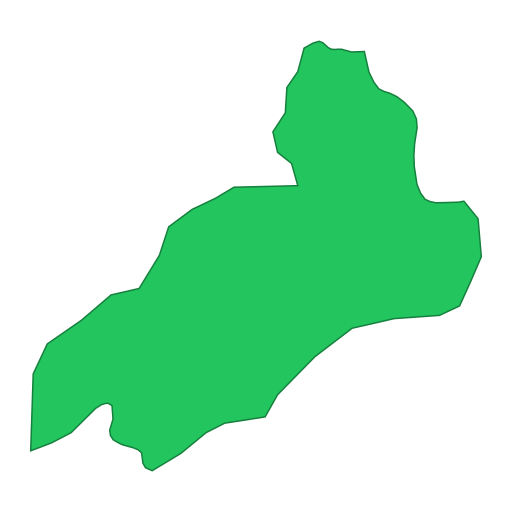 the Prefecture of Dalaba
{"feature_id": "GIN-5633", "entity_name": "Dalaba", "entity_type": "Prefecture", "adm_level": 1, "iso_a3": "GIN", "parent_name": "Guinea", "parent_adm1": "", "projection": "albers", "projection_center": [-12.181, 10.899], "detail": "fine", "context": "isolated", "style": "filled", "palette": "green", "viewbox_px": 512, "rotation_deg": 0, "n_neighbors": 0, "source": "natural_earth", "source_scale": "10m", "svg_char_len": 1089}
<svg xmlns="http://www.w3.org/2000/svg" viewBox="0 0 512 512"><path d="M364.3,51.5L369.0,72.2L374.0,82.4L378.8,88.8L383.8,91.4L389.5,93.1L396.9,96.7L404.1,102.1L412.9,111.1L416.4,118.9L417.1,127.7L414.6,144.0L413.9,155.4L414.3,166.7L417.0,184.5L420.6,193.2L425.1,199.3L430.1,201.6L436.0,202.8L458.4,202.2L463.9,201.2L478.1,218.8L481.3,256.8L470.4,282.1L459.6,305.9L439.4,315.4L394.2,318.6L352.2,328.2L314.9,356.7L277.6,394.7L265.1,416.9L224.6,423.2L206.0,432.7L181.0,453.3L152.2,470.7L145.5,467.7L142.9,463.2L141.6,452.8L138.0,449.7L133.0,447.7L123.1,445.0L119.5,443.4L113.3,439.9L110.4,435.5L109.7,430.1L113.0,419.1L112.0,405.6L108.2,403.3L105.6,403.4L101.6,404.6L95.6,408.4L71.2,432.6L51.5,442.9L30.7,450.8L33.2,373.9L47.3,343.9L81.5,320.2L111.1,294.9L139.1,288.5L159.4,255.3L168.7,226.8L192.1,209.4L215.4,198.3L234.0,187.2L297.8,185.7L291.6,163.5L277.6,152.4L272.9,131.8L285.3,112.8L286.9,87.5L297.8,71.6L304.1,48.1L313.0,43.1L319.1,41.3L322.8,42.7L328.3,47.7L331.3,49.2L334.8,49.5L338.4,49.2L341.8,49.3L351.6,52.0L364.3,51.5Z" fill="#22c55e" stroke="#15803d" stroke-width="1.5"/></svg>